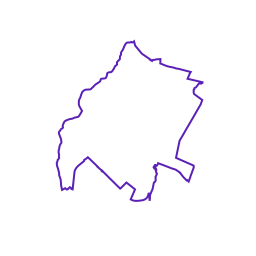 Berceni, Prahova, Romania (orthographic projection), rotated 242°
{"feature_id": "2599482B99394014365775", "entity_name": "Berceni", "entity_type": "district", "adm_level": 2, "iso_a3": "ROU", "parent_name": "Romania", "parent_adm1": "Prahova", "projection": "orthographic", "projection_center": [26.101, 44.92], "detail": "fine", "context": "isolated", "style": "outline", "palette": "violet", "viewbox_px": 256, "rotation_deg": 242, "n_neighbors": 0, "source": "geoboundaries", "source_scale": "gbopen_adm2", "svg_char_len": 5606}
<svg xmlns="http://www.w3.org/2000/svg" viewBox="0 0 256 256"><g transform="rotate(242 128 128)"><path d="M201.6,174.0L201.5,173.7L201.4,173.0L201.4,172.5L201.4,172.2L201.7,171.7L201.9,171.5L202.4,171.4L202.5,171.2L202.6,169.8L202.9,169.2L203.5,168.2L203.7,167.7L203.8,167.3L203.8,166.9L203.7,166.2L203.6,165.8L203.2,165.1L202.6,164.2L201.9,163.1L201.4,162.4L200.6,161.6L199.2,159.7L198.6,158.4L198.3,158.0L198.0,157.5L197.5,157.0L197.1,156.7L196.4,156.5L196.1,156.3L195.8,155.9L195.5,155.4L195.4,155.1L195.1,154.7L194.6,154.3L193.7,153.7L192.7,153.2L192.5,152.9L192.4,152.5L192.2,151.9L191.9,150.8L191.6,149.9L191.5,149.6L191.2,149.2L190.7,148.8L190.0,148.5L189.5,148.2L189.2,148.1L189.1,147.8L188.9,147.4L188.8,146.4L188.6,145.7L188.5,145.3L187.9,144.6L187.0,143.3L186.7,142.9L186.5,142.3L185.8,141.1L185.4,140.2L185.3,139.4L185.3,139.1L185.6,138.7L186.1,137.2L186.2,136.5L186.2,135.8L186.1,135.5L185.5,134.9L184.5,134.2L183.8,133.5L183.2,132.7L182.8,132.2L182.6,131.8L182.7,130.7L183.1,129.7L183.5,128.8L183.8,128.2L183.9,127.8L184.0,127.4L183.9,127.0L183.6,126.6L183.2,126.3L182.8,125.9L182.5,125.6L182.3,125.1L182.0,124.2L182.0,123.4L181.6,119.3L180.7,116.8L180.3,115.0L179.8,113.7L179.8,113.4L179.8,113.1L179.9,112.6L181.2,109.7L181.7,108.7L181.8,108.1L181.9,107.1L181.7,106.3L181.4,105.1L181.2,104.5L181.0,104.1L180.5,103.7L180.1,103.2L179.7,102.6L179.1,102.0L177.9,100.8L177.3,100.2L176.2,98.6L175.6,97.9L174.9,97.3L172.8,96.1L171.7,95.6L170.2,95.3L169.2,95.3L166.5,95.4L165.2,95.4L164.7,95.4L164.4,95.1L164.0,94.4L163.4,93.5L161.7,90.6L161.4,89.9L161.3,89.6L161.3,89.2L161.7,87.5L161.8,87.2L162.1,86.1L162.2,85.6L162.3,85.2L162.3,84.5L162.3,83.8L162.6,82.5L163.1,81.1L163.3,80.3L163.5,78.7L163.6,78.3L163.7,77.0L163.6,76.0L163.6,75.4L163.4,74.9L163.3,74.5L162.7,73.8L162.3,73.2L160.8,71.5L160.3,71.2L159.5,71.0L159.1,70.9L158.8,70.6L158.6,70.2L158.5,69.7L158.5,68.7L158.4,68.3L158.3,68.0L157.6,66.9L157.4,66.4L157.2,65.9L156.8,65.1L156.5,64.9L155.5,64.4L151.4,63.9L149.9,63.7L147.9,63.0L146.8,62.6L146.3,62.3L146.1,62.0L145.7,61.3L145.6,60.9L144.6,59.6L143.8,58.8L141.9,57.4L140.7,56.3L140.0,55.8L139.4,55.5L138.5,55.0L137.6,54.9L136.5,54.5L135.7,53.9L135.2,53.5L134.7,53.4L134.4,53.4L134.0,53.2L133.7,52.9L133.5,52.6L133.3,52.1L133.2,51.9L132.8,50.9L131.5,49.9L130.9,48.9L129.8,48.4L128.9,47.9L127.5,47.5L126.7,47.4L124.8,47.1L123.0,46.6L121.3,46.3L119.7,45.6L118.4,45.0L116.7,44.8L114.4,44.4L111.8,43.4L109.2,42.2L106.8,41.4L104.3,40.7L104.3,44.3L104.0,44.4L102.7,44.9L102.7,45.0L102.4,45.4L102.3,45.5L102.2,45.8L102.2,46.0L102.3,46.3L102.8,47.8L103.0,48.9L100.8,50.0L100.6,49.6L99.8,50.3L101.2,51.3L102.6,52.2L114.0,59.9L115.0,60.7L115.6,61.4L116.3,62.3L117.0,63.6L117.2,64.0L117.6,65.0L118.1,66.8L118.4,68.3L118.8,70.5L119.5,73.7L119.7,73.8L119.9,74.0L120.0,74.0L120.3,74.2L120.3,74.3L120.4,74.7L120.4,75.1L120.5,75.9L120.5,76.1L120.8,78.1L121.0,78.8L120.2,79.0L119.5,79.3L119.1,79.5L114.1,81.1L113.0,81.5L108.3,83.0L108.2,82.8L107.0,83.2L106.4,83.5L105.2,83.9L105.0,84.0L104.3,84.2L102.9,85.0L101.5,85.4L101.5,85.0L100.7,85.6L89.4,89.1L84.6,90.6L81.7,91.5L79.0,92.4L78.3,92.5L78.1,92.7L78.1,92.8L80.6,101.0L75.2,103.4L70.5,105.4L63.7,96.9L62.6,97.6L61.5,98.6L61.1,99.1L60.3,100.2L59.9,100.8L59.4,101.8L58.7,103.4L57.7,106.0L57.2,107.7L57.1,108.1L57.1,108.8L57.1,110.3L57.3,111.1L57.5,111.9L57.9,112.6L58.5,113.5L59.1,114.2L59.8,114.9L60.4,115.3L60.2,115.8L56.0,114.0L54.4,113.3L54.3,113.5L55.9,114.5L57.3,115.2L58.0,115.8L59.1,116.7L59.7,117.5L62.0,120.3L62.4,120.9L65.4,123.4L65.7,123.7L66.1,123.9L66.6,124.3L67.6,125.3L67.8,125.8L67.8,126.1L67.8,126.4L67.9,126.7L68.2,127.0L68.4,127.4L68.5,127.6L68.7,127.8L68.9,128.0L69.7,128.2L69.9,128.3L70.4,128.8L70.7,128.9L71.7,129.2L72.0,129.4L72.1,129.5L72.2,129.8L72.3,130.0L72.6,130.3L73.1,130.9L73.6,131.7L73.9,132.0L74.1,132.1L74.9,132.1L75.3,132.0L75.5,132.0L76.1,132.3L76.3,132.4L76.5,132.5L76.7,132.4L77.0,132.4L77.4,132.5L77.5,132.6L77.7,132.9L77.7,133.1L77.8,133.4L78.0,133.4L78.3,133.2L78.5,133.4L78.6,133.5L78.8,133.5L79.0,133.2L79.1,133.4L79.6,133.5L79.7,133.4L79.8,133.3L79.7,133.1L79.6,132.6L79.7,132.4L79.8,132.4L79.9,132.5L79.9,133.0L80.3,133.3L80.4,133.5L80.6,133.5L80.7,133.4L80.9,133.3L81.1,133.2L81.1,132.9L81.3,132.7L81.1,132.3L81.1,132.2L81.4,132.2L81.7,132.7L81.6,132.9L81.6,133.2L81.7,133.4L81.7,133.5L81.8,133.6L82.3,134.0L82.6,134.2L82.7,134.4L82.6,134.7L82.5,134.8L82.3,134.9L81.9,135.0L81.6,135.0L81.4,135.1L81.2,135.3L81.2,135.6L81.4,136.1L81.8,137.0L82.4,137.7L82.8,138.1L80.8,139.8L79.5,141.0L75.6,144.4L74.9,145.0L71.4,148.0L71.1,148.3L70.8,148.7L70.3,149.2L68.6,150.7L64.1,153.0L64.0,152.8L62.4,153.2L58.8,153.8L57.5,154.2L54.1,155.2L54.2,155.8L52.2,156.4L53.1,157.4L54.7,159.2L56.2,160.7L61.9,167.1L62.3,167.5L64.0,168.3L74.4,160.1L79.1,156.4L89.6,165.1L92.6,167.6L95.2,171.9L100.4,180.2L101.1,181.4L102.6,183.8L105.1,187.8L105.4,188.3L109.7,195.2L114.9,203.5L117.9,206.7L125.8,202.9L126.6,202.5L127.2,202.3L129.0,202.8L129.6,203.4L130.4,203.6L131.1,204.1L131.2,204.8L132.0,205.4L132.1,207.4L132.7,208.7L133.6,210.6L134.0,211.9L132.8,213.4L133.0,214.2L132.9,215.0L133.4,215.3L143.5,203.7L146.4,207.3L147.2,208.3L147.4,208.6L147.5,208.8L148.0,209.7L156.2,200.8L156.8,200.0L158.1,198.3L159.8,196.8L161.1,195.2L162.9,193.0L163.1,192.8L164.6,191.2L169.8,186.8L173.6,189.0L173.9,188.4L174.0,187.9L174.7,186.7L175.0,186.1L175.2,185.3L175.5,184.5L175.6,184.0L175.7,183.7L176.0,182.8L176.3,182.0L176.4,181.7L176.3,181.4L176.1,181.0L175.9,180.7L177.6,179.7L177.7,180.0L177.9,179.9L183.9,176.8L185.2,176.1L186.7,175.3L187.6,175.0L196.5,173.2L197.3,173.0L201.6,174.0Z" fill="none" stroke="#5b21b6" stroke-width="2"/></g></svg>